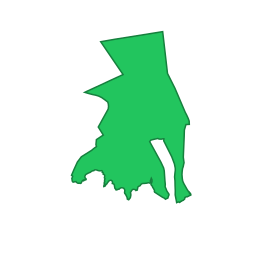 Anoamaa East, Atua, Samoa (Albers equal-area conic projection), rotated 154°
{"feature_id": "51752279B65855420318415", "entity_name": "Anoamaa East", "entity_type": "district", "adm_level": 2, "iso_a3": "WSM", "parent_name": "Samoa", "parent_adm1": "Atua", "projection": "albers", "projection_center": [-171.579, -13.925], "detail": "fine", "context": "isolated", "style": "filled", "palette": "green", "viewbox_px": 256, "rotation_deg": 154, "n_neighbors": 0, "source": "geoboundaries", "source_scale": "gbopen_adm2", "svg_char_len": 3446}
<svg xmlns="http://www.w3.org/2000/svg" viewBox="0 0 256 256"><g transform="rotate(154 128 128)"><path d="M114.7,217.5L109.0,178.2L123.4,178.5L139.3,178.8L148.6,179.0L151.2,179.0L148.4,176.4L145.4,173.8L142.7,171.7L140.4,169.6L138.3,166.9L136.4,163.4L134.8,160.2L135.2,158.1L136.1,155.8L137.5,153.7L141.5,150.9L154.3,141.9L153.3,132.5L161.5,131.4L164.1,127.1L164.5,125.1L167.6,124.6L170.4,123.9L172.2,123.7L182.5,122.6L188.4,119.6L194.7,114.4L199.5,110.2L198.9,109.2L199.0,108.7L199.9,107.9L200.7,107.1L200.9,106.1L201.4,104.8L201.2,104.1L201.3,103.8L200.8,103.3L200.1,103.1L199.2,103.1L198.5,102.6L198.3,102.6L198.3,102.1L197.9,101.3L197.4,100.5L196.5,99.9L196.1,99.9L195.2,99.1L194.3,99.0L192.9,100.1L191.8,100.7L191.1,100.7L191.0,100.3L190.6,100.7L190.2,100.5L190.1,100.2L189.5,100.5L189.1,100.0L188.6,99.9L188.2,100.1L188.0,100.6L188.2,101.4L188.4,102.0L188.3,102.7L188.1,103.3L186.8,104.5L185.6,104.8L184.3,104.8L183.3,104.9L181.4,104.7L181.0,104.9L180.3,104.9L178.5,105.1L177.7,104.7L177.4,104.6L176.6,105.0L176.0,104.9L175.0,104.3L174.5,103.9L173.4,102.7L172.5,102.2L172.1,101.8L171.4,101.6L170.2,101.1L170.0,100.3L170.5,99.5L170.2,99.4L169.9,98.6L170.6,97.5L170.5,97.2L169.9,96.8L169.7,95.7L170.3,94.5L170.9,93.9L171.1,93.5L170.9,92.9L170.9,92.4L171.5,92.0L172.4,90.6L172.3,90.2L172.9,89.6L173.6,89.0L173.3,88.5L173.5,87.9L174.1,87.7L174.9,86.7L175.1,86.6L175.4,86.0L174.4,85.8L173.9,86.2L173.6,86.1L172.6,86.9L171.6,87.0L170.6,87.7L168.2,88.8L166.9,88.8L166.0,88.3L165.5,87.4L165.7,86.0L166.3,85.2L166.0,85.1L166.0,84.5L165.3,83.8L165.3,82.8L165.7,81.5L166.2,79.6L166.1,79.0L165.7,78.8L166.0,77.9L165.9,77.6L165.2,77.3L163.7,77.2L163.4,77.3L162.9,76.9L162.0,77.2L160.8,77.4L159.9,77.1L159.0,76.5L158.1,75.5L158.1,73.5L159.5,71.3L159.6,70.3L159.3,70.1L159.2,69.5L159.3,68.5L159.2,68.2L159.3,66.7L159.2,65.8L159.8,64.5L159.5,64.0L159.2,64.1L158.8,63.2L157.0,64.0L156.2,64.6L154.8,66.5L154.3,67.8L154.1,68.8L153.8,69.1L151.8,70.4L150.5,70.7L149.6,70.3L147.9,68.8L148.2,68.4L147.3,68.1L146.8,68.2L146.6,68.6L146.1,69.1L145.1,70.6L143.8,70.9L142.7,70.8L142.0,71.0L141.5,71.4L140.5,71.8L139.8,71.8L138.9,71.6L137.3,70.9L135.0,70.1L134.0,70.0L133.1,69.5L132.6,68.9L131.6,68.9L131.1,69.2L131.3,69.7L131.2,70.6L129.1,72.6L129.1,71.1L130.0,69.2L130.5,68.7L132.1,67.2L132.1,66.5L131.7,65.2L131.8,64.1L131.5,60.7L131.7,60.1L132.1,59.5L132.2,58.7L130.6,56.0L127.4,50.7L126.0,48.9L125.6,47.6L123.6,47.6L123.0,47.5L121.3,49.2L120.7,49.7L120.2,50.5L120.7,54.3L120.5,56.5L120.4,58.9L119.2,61.0L117.9,64.5L116.0,69.2L114.2,73.6L113.5,76.5L113.4,82.9L114.5,106.3L112.6,107.1L109.4,106.4L105.7,105.5L105.1,104.6L104.5,104.2L103.0,103.4L102.1,103.1L101.4,103.0L100.5,102.6L101.1,101.4L101.5,100.8L101.3,82.8L102.0,75.5L103.1,71.3L104.0,69.3L105.5,67.0L107.6,63.6L108.9,60.0L110.9,55.7L113.0,50.9L114.9,47.2L115.7,44.3L116.3,42.0L117.0,39.6L115.3,39.5L114.7,39.1L114.3,38.5L113.7,38.5L113.2,38.9L112.2,38.7L111.6,38.9L110.0,38.8L109.7,38.9L108.1,39.4L107.4,40.6L106.0,40.6L105.3,40.5L105.0,40.2L103.4,40.2L102.8,40.3L102.1,40.2L101.5,40.3L101.1,40.1L100.7,40.6L100.6,41.6L101.3,42.0L100.8,42.4L101.2,42.8L101.1,43.9L101.4,44.0L101.8,46.7L102.2,53.5L102.1,56.3L101.3,58.9L99.9,62.5L98.6,64.8L96.8,67.6L95.3,69.1L93.4,71.6L92.9,72.1L91.7,75.7L91.1,77.5L81.2,95.8L78.2,101.5L74.4,105.7L71.3,104.4L70.0,107.4L69.7,110.0L69.6,114.2L69.7,117.0L68.4,143.2L68.6,159.7L54.6,199.4L101.2,213.6L114.7,217.5Z" fill="#22c55e" stroke="#15803d" stroke-width="1.5"/></g></svg>